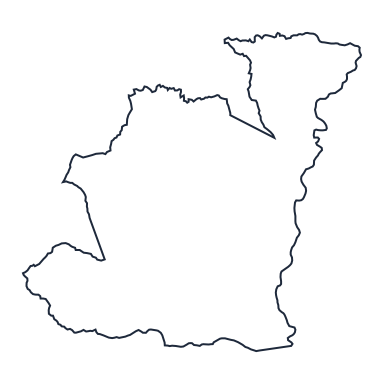 outline of São João do Paraíso, Maranhão, Brazil
{"feature_id": "56859067B9306811321395", "entity_name": "São João do Paraíso", "entity_type": "district", "adm_level": 2, "iso_a3": "BRA", "parent_name": "Brazil", "parent_adm1": "Maranhão", "projection": "robinson", "projection_center": [-46.883, -6.44], "detail": "fine", "context": "isolated", "style": "outline", "palette": "slate", "viewbox_px": 384, "rotation_deg": 0, "n_neighbors": 0, "source": "geoboundaries", "source_scale": "gbopen_adm2", "svg_char_len": 5842}
<svg xmlns="http://www.w3.org/2000/svg" viewBox="0 0 384 384"><path d="M212.8,344.1L213.7,342.3L220.0,338.7L221.9,338.3L224.9,338.3L230.7,339.8L233.9,340.4L238.1,342.2L242.6,344.8L245.4,347.0L247.7,347.7L251.0,349.4L254.5,350.5L256.2,351.1L259.5,350.5L291.2,345.9L292.5,343.9L291.4,342.4L288.1,340.2L287.8,338.0L290.0,336.4L292.5,335.2L293.9,333.9L294.9,332.3L295.4,329.7L294.5,327.5L289.3,326.1L287.5,322.8L286.8,320.2L285.3,316.4L284.4,314.5L283.4,313.2L281.7,312.1L279.5,310.2L278.5,308.2L278.3,305.0L277.5,302.5L277.4,300.2L276.6,297.6L276.1,295.3L275.8,292.5L276.3,289.3L277.7,286.3L280.1,285.4L281.1,284.0L281.1,281.2L280.5,277.1L280.7,273.7L281.5,271.5L288.2,266.8L290.0,265.2L291.4,263.5L292.2,260.5L292.0,257.5L290.7,254.6L290.7,252.1L291.2,250.0L292.1,247.4L294.0,245.2L295.4,242.2L296.9,237.7L298.8,235.3L299.9,232.7L299.1,230.0L297.2,227.2L295.6,223.3L295.4,221.3L295.4,216.0L294.6,211.4L294.4,208.0L295.0,202.5L296.2,200.4L299.2,200.6L301.3,200.2L302.9,199.0L303.9,197.3L305.5,193.5L306.1,190.8L305.7,187.8L303.3,184.6L301.6,181.6L301.1,179.1L301.4,176.5L303.9,173.0L306.0,169.3L308.7,168.5L310.7,167.4L312.7,166.5L313.9,164.7L314.1,160.6L316.1,157.5L317.9,155.5L318.8,153.7L320.0,152.2L322.0,150.1L321.7,147.9L320.2,146.8L317.0,144.9L316.1,143.0L318.1,141.4L319.1,138.9L317.8,137.5L314.2,137.6L313.7,135.2L314.4,130.4L316.1,129.6L318.2,130.1L320.5,130.3L323.1,130.3L326.0,129.9L326.8,128.3L326.3,125.7L325.0,123.4L323.5,121.5L321.4,119.9L318.0,118.0L316.8,116.8L316.3,115.0L315.8,113.3L315.0,109.7L315.8,106.9L316.1,102.9L317.2,100.7L320.2,98.8L322.4,98.9L325.5,98.8L327.9,96.7L328.9,94.5L330.6,93.5L335.2,93.0L338.9,90.4L341.7,88.2L342.8,82.9L344.8,81.9L346.2,80.8L347.0,79.0L347.0,76.5L346.7,74.4L347.8,73.1L350.9,71.8L353.0,70.5L354.7,70.0L356.0,68.3L356.6,66.1L355.6,62.7L356.0,60.9L358.8,57.9L360.3,57.0L361.0,55.1L359.6,51.9L359.4,49.8L359.7,47.7L358.0,46.2L354.7,45.7L350.1,43.2L347.6,44.4L344.8,45.3L341.8,44.9L339.5,44.5L337.9,43.5L335.9,43.3L334.2,43.5L330.9,43.5L324.4,42.4L321.9,42.2L320.1,41.5L318.8,39.8L318.1,37.8L317.0,36.0L315.1,34.4L313.3,33.7L309.9,33.5L307.5,32.9L305.4,33.1L303.9,34.0L302.1,34.6L300.3,34.1L298.6,34.3L297.2,35.3L293.6,35.3L291.3,36.3L290.6,38.0L288.1,38.3L286.1,38.9L284.5,36.2L282.4,35.5L279.9,35.8L279.6,33.8L277.7,33.0L276.4,34.7L276.0,36.7L274.3,37.4L272.1,36.5L269.4,35.8L267.3,35.3L265.5,35.1L263.9,35.7L261.9,38.4L259.6,36.2L257.7,35.3L256.1,35.5L254.7,37.2L254.8,41.5L253.4,42.5L251.6,42.1L249.8,39.5L248.4,41.2L245.9,40.4L242.4,40.5L240.6,41.2L238.9,40.3L236.7,38.6L233.6,39.8L231.7,40.0L229.9,39.0L228.5,37.6L224.6,39.6L224.8,43.1L228.1,42.8L229.7,45.3L233.7,49.0L235.1,52.4L237.8,53.6L240.2,54.6L242.7,53.8L244.0,56.1L246.1,55.8L250.0,60.3L251.0,62.7L250.1,64.7L250.6,68.0L250.1,70.2L248.8,73.3L251.5,73.9L251.2,76.7L250.6,79.5L249.6,82.1L250.4,85.2L249.6,87.0L247.8,89.2L248.6,91.4L249.5,96.7L251.7,100.0L255.9,100.6L257.1,102.9L257.7,105.7L258.6,108.5L259.5,110.7L258.7,113.2L260.6,116.4L260.7,119.5L261.8,122.2L263.4,124.6L264.4,127.2L267.1,129.2L270.6,132.1L273.1,135.0L274.3,137.8L230.3,115.2L230.3,113.0L229.4,109.7L228.3,105.6L227.2,103.5L226.7,99.2L224.6,99.0L221.6,98.2L220.0,97.3L218.8,95.5L217.2,95.1L214.4,96.4L211.1,97.3L208.9,96.7L207.4,97.6L205.4,97.5L204.0,98.7L201.2,99.5L200.0,98.1L198.0,98.3L196.5,99.1L193.6,101.5L191.8,99.8L188.6,99.2L188.6,101.8L187.2,102.7L185.8,101.2L183.9,100.8L184.1,98.1L183.7,95.5L180.6,97.4L180.2,94.7L181.0,91.9L180.9,89.7L179.1,89.2L177.3,90.4L175.0,90.5L173.7,88.1L171.2,88.8L169.6,88.0L167.8,90.0L167.2,87.9L164.9,87.5L162.9,85.9L160.8,87.0L159.7,84.8L158.0,85.5L156.7,86.8L156.2,89.6L155.3,91.1L152.2,92.1L150.5,89.7L146.8,87.0L144.5,86.5L142.8,90.0L140.7,90.7L139.0,90.5L136.4,89.1L133.8,89.6L135.0,93.7L130.7,95.9L128.8,95.4L128.9,97.7L130.3,100.9L131.0,103.6L131.9,109.2L130.0,112.3L128.4,115.1L127.2,119.1L126.8,124.8L124.5,125.2L122.1,126.7L121.7,130.2L120.3,131.8L120.1,134.5L117.4,135.5L116.5,137.5L114.6,138.2L113.4,139.8L111.6,141.1L111.1,144.0L110.2,147.3L110.5,150.5L107.0,152.0L105.4,154.1L102.7,153.2L99.5,153.5L96.0,153.8L92.1,155.1L87.4,156.4L83.1,157.5L75.8,154.4L73.7,156.1L72.6,157.9L71.7,159.9L70.0,164.8L70.4,167.2L69.0,170.1L68.2,172.4L66.6,174.8L65.7,177.0L64.5,179.7L63.0,182.1L66.2,181.4L68.5,182.3L70.4,182.9L72.3,182.9L74.2,184.5L77.2,186.0L78.4,187.2L80.7,188.6L83.6,192.2L85.1,194.9L85.8,197.0L85.4,200.8L87.0,203.2L86.9,206.6L87.4,208.6L87.5,211.6L89.0,214.3L89.6,217.9L104.7,259.4L101.2,260.6L97.2,259.6L95.9,257.7L92.6,256.6L90.9,253.9L87.1,253.1L83.7,252.7L79.7,250.0L75.7,250.0L75.1,247.8L72.2,246.8L70.7,245.9L68.8,244.3L65.7,243.1L61.7,243.4L58.6,244.9L55.9,245.7L52.8,247.7L52.1,251.8L50.5,253.1L47.9,253.5L46.6,255.8L45.2,257.4L43.6,258.9L39.2,264.0L34.9,266.2L33.7,264.8L32.3,265.8L30.6,266.0L29.2,267.9L27.5,270.4L25.4,272.1L23.0,273.2L23.7,275.0L24.9,276.3L27.3,278.4L27.5,280.8L26.6,282.8L26.5,286.1L27.7,288.9L29.6,290.1L30.9,292.3L33.0,294.1L35.3,294.6L38.5,294.7L40.2,296.1L40.6,298.5L43.0,298.5L45.7,299.0L48.7,303.2L50.1,305.6L49.1,308.0L48.7,310.2L48.9,313.8L51.3,315.7L53.0,315.7L54.3,319.2L56.4,320.6L57.6,322.0L58.4,324.1L60.5,324.8L61.6,326.3L64.3,326.7L65.4,328.1L67.5,329.5L70.0,328.9L72.1,330.1L74.3,332.6L75.9,332.7L81.0,331.3L83.5,329.9L86.1,331.5L88.3,331.2L90.2,330.8L92.3,331.1L95.5,329.6L96.4,332.2L97.9,333.9L99.9,334.1L103.5,335.4L108.8,337.6L112.2,338.1L114.5,337.7L116.6,337.1L119.1,337.9L125.4,336.6L127.8,335.6L130.1,334.9L135.9,331.2L138.6,330.0L141.5,331.7L142.8,332.7L145.9,332.8L147.5,331.0L149.1,329.7L150.9,329.5L156.6,330.4L158.1,330.8L160.8,332.8L162.3,335.3L164.6,342.5L164.8,345.4L167.8,345.6L169.7,346.1L172.1,345.7L175.9,346.0L180.9,346.8L183.4,346.5L186.9,344.5L188.7,343.3L190.4,343.1L192.0,343.2L194.0,345.0L196.8,345.3L199.8,345.9L201.7,344.5L203.3,344.2L208.7,344.5L210.9,344.2L212.8,344.1Z" fill="none" stroke="#1e293b" stroke-width="2"/></svg>